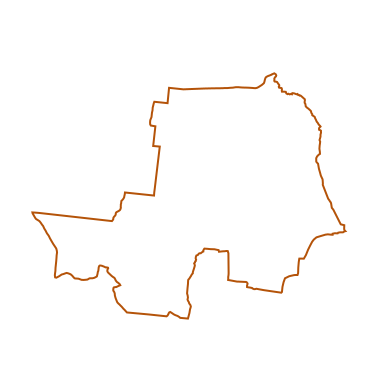 outline of Treang, Takêv, Cambodia, rotated 186°
{"feature_id": "14789045B64200778269013", "entity_name": "Treang", "entity_type": "district", "adm_level": 2, "iso_a3": "KHM", "parent_name": "Cambodia", "parent_adm1": "Takêv", "projection": "mercator", "projection_center": [104.808, 10.878], "detail": "fine", "context": "isolated", "style": "outline", "palette": "amber", "viewbox_px": 384, "rotation_deg": 186, "n_neighbors": 0, "source": "geoboundaries", "source_scale": "gbopen_adm2", "svg_char_len": 5533}
<svg xmlns="http://www.w3.org/2000/svg" viewBox="0 0 384 384"><g transform="rotate(186 192 192)"><path d="M93.7,299.0L94.2,299.3L95.0,299.1L95.5,299.6L96.5,299.5L97.3,300.5L98.0,300.1L99.0,300.3L100.4,300.7L101.4,300.8L102.5,300.8L102.8,299.6L103.8,299.9L105.0,299.3L106.4,299.8L107.2,299.3L108.5,299.9L109.2,301.4L111.0,301.4L113.0,301.2L113.3,302.1L113.3,303.7L113.8,304.7L114.4,304.8L115.4,304.8L116.3,304.9L116.7,305.7L116.3,306.7L116.5,307.6L117.3,308.4L118.0,309.2L118.9,310.3L120.0,310.5L121.3,310.5L121.8,311.1L121.8,312.4L122.0,313.3L121.5,314.7L120.6,315.7L120.4,316.8L121.0,317.8L122.0,318.3L122.6,318.6L123.6,318.0L124.7,317.5L125.1,316.9L125.9,316.7L126.9,316.0L127.7,315.7L129.0,315.0L129.8,314.4L130.6,313.7L131.0,312.6L131.3,311.0L131.5,309.2L131.9,307.7L133.7,305.8L136.8,303.3L138.2,302.4L139.7,301.9L140.9,301.8L142.5,301.8L145.2,301.7L147.4,301.6L152.3,301.2L154.8,301.1L156.7,301.1L157.5,301.0L159.4,300.8L161.3,300.3L162.4,300.0L163.9,299.8L165.5,299.5L167.5,299.1L170.3,298.8L172.6,298.4L182.8,297.2L190.6,296.2L211.3,293.2L225.7,293.2L225.6,277.8L238.9,277.8L239.3,276.2L239.6,273.9L239.9,271.8L239.8,269.1L240.1,266.7L240.1,264.6L240.1,262.3L241.0,259.1L241.0,257.1L240.7,255.0L239.9,253.8L235.3,253.5L235.4,234.4L235.4,233.7L228.8,233.8L229.4,191.4L229.5,187.7L229.4,184.5L244.2,184.5L247.7,184.5L251.5,184.5L255.5,184.5L258.6,184.5L258.6,183.3L258.7,182.0L258.9,180.6L258.9,179.8L259.2,178.9L259.6,178.0L260.4,176.8L261.3,175.7L261.3,174.1L261.3,173.0L261.5,172.3L261.4,171.4L261.3,169.6L261.1,168.9L261.4,167.4L261.8,166.5L262.4,165.9L263.0,165.4L263.9,164.8L264.8,164.2L265.3,163.7L265.6,162.9L265.5,162.0L265.8,160.7L266.9,159.3L267.4,158.4L267.5,157.7L267.5,156.5L268.0,155.6L268.6,154.7L342.1,155.2L345.9,155.1L348.6,155.0L348.3,154.1L347.2,152.6L346.2,151.2L345.0,149.6L344.2,148.8L342.5,148.0L340.7,147.1L339.3,145.7L337.7,143.8L336.5,142.6L335.1,140.2L333.6,138.3L332.2,136.1L331.3,135.0L330.7,134.4L329.7,133.2L328.5,131.2L326.5,128.4L324.5,125.7L322.9,123.8L321.1,121.6L320.3,119.5L319.9,117.7L320.0,114.9L319.9,112.7L319.8,109.0L319.8,105.5L319.8,102.4L319.6,99.1L319.7,96.8L319.7,94.9L319.2,92.8L318.0,92.6L315.4,94.3L313.0,96.3L311.2,97.0L309.6,97.8L308.2,98.4L306.8,98.2L305.2,97.8L304.0,97.4L302.3,96.2L301.4,95.3L299.8,93.9L298.6,93.8L297.1,93.9L295.7,93.9L294.2,93.5L292.6,93.1L290.8,93.2L289.0,93.5L286.8,94.0L285.6,94.9L284.9,95.4L283.8,95.6L282.8,95.7L282.0,95.8L280.3,96.4L279.0,97.2L277.8,98.1L277.6,99.4L277.4,100.7L277.3,102.7L277.0,103.5L276.9,104.7L276.9,106.1L276.9,107.3L276.6,108.6L276.0,109.2L275.1,109.3L273.9,109.2L272.8,108.9L271.4,108.5L270.1,108.0L268.9,108.1L267.6,107.9L267.4,107.3L267.9,106.2L268.0,105.2L267.8,104.1L267.0,103.1L266.1,102.4L264.9,101.5L263.1,100.1L261.6,99.2L260.2,98.5L259.3,97.3L258.6,96.0L257.3,94.7L255.8,93.9L254.3,92.8L253.6,91.8L254.5,91.3L255.9,90.5L257.5,89.5L258.4,89.4L259.8,88.9L260.1,88.2L260.1,86.4L259.9,85.6L258.9,84.4L258.5,83.6L258.2,82.8L257.9,81.1L257.3,79.5L256.7,78.1L256.1,77.0L255.5,75.8L254.7,74.4L253.3,73.2L252.4,72.6L251.5,71.8L250.1,70.7L249.1,69.8L248.1,68.8L246.8,67.8L245.6,66.7L244.1,65.4L222.3,65.7L204.3,65.7L203.4,66.6L202.8,67.9L202.5,69.0L202.0,69.9L201.1,70.4L199.3,69.5L197.3,68.4L196.0,67.9L194.6,67.5L193.3,67.2L192.4,66.7L191.7,66.4L191.1,66.0L190.6,65.6L182.8,65.7L182.4,68.2L181.9,71.4L181.7,75.1L181.3,77.0L181.2,78.1L181.9,79.6L183.1,80.8L183.6,82.1L184.4,83.1L185.2,84.5L185.0,86.6L185.5,88.6L186.3,90.6L186.4,96.2L186.4,100.1L186.6,103.5L186.5,104.4L185.6,105.6L184.9,107.1L184.3,108.2L183.9,109.3L183.3,110.4L182.7,111.2L182.8,112.2L182.6,113.4L182.1,115.7L181.6,118.3L181.5,119.4L182.0,120.6L182.4,121.3L181.7,122.2L181.6,123.2L181.1,123.6L181.1,124.4L180.8,125.0L181.4,126.3L181.4,127.8L181.0,129.3L180.2,129.7L179.4,130.2L178.9,131.3L178.2,131.8L176.9,132.0L176.2,132.7L175.2,133.6L174.5,134.0L174.7,135.0L174.3,135.8L174.1,136.4L173.7,137.0L170.5,137.1L167.8,137.1L163.6,137.4L161.1,137.1L159.5,137.0L158.9,135.4L155.4,136.2L153.4,136.5L151.7,136.9L150.3,137.0L149.4,134.9L147.1,115.1L147.0,113.3L147.1,111.2L146.9,109.7L146.9,108.3L137.8,107.6L137.0,107.7L130.1,108.1L128.9,108.2L128.1,107.9L127.2,106.9L127.2,106.2L127.5,104.6L127.3,103.2L126.4,103.1L123.8,103.0L122.2,102.8L121.8,102.4L120.2,101.9L119.1,102.0L117.9,102.5L116.6,102.4L115.5,102.3L110.3,101.9L92.7,101.2L92.1,102.0L92.1,102.9L92.1,107.1L91.5,111.9L90.5,115.9L86.5,118.4L81.6,120.1L78.4,120.5L78.0,122.4L78.4,128.1L78.5,133.5L78.4,136.0L78.3,137.0L73.8,137.4L72.1,141.2L70.5,146.8L68.9,151.1L67.3,155.1L65.9,157.4L63.5,159.9L59.5,161.6L54.9,163.5L52.5,164.1L49.1,164.1L47.7,164.2L47.8,165.2L45.7,165.9L42.8,166.1L42.4,166.8L40.8,167.3L37.6,167.7L36.1,168.9L35.4,169.1L36.3,169.9L36.8,171.0L37.1,174.9L40.7,175.4L49.6,189.2L50.4,190.0L51.3,190.9L52.5,195.3L53.0,196.3L53.7,196.9L54.3,197.8L55.9,199.6L61.5,210.5L62.7,212.8L62.7,214.0L63.3,217.5L63.5,218.3L64.5,219.9L65.6,221.8L66.7,224.7L68.2,228.4L69.6,233.3L71.0,234.5L71.6,235.2L72.0,238.6L71.3,240.5L69.9,242.3L68.7,243.3L69.1,245.6L69.8,248.3L69.9,251.6L69.8,253.4L69.8,254.3L69.8,255.5L70.6,257.0L70.2,259.1L70.0,260.5L70.2,262.5L69.9,264.4L70.2,266.5L71.3,267.0L72.1,267.2L72.3,268.2L72.1,269.2L71.0,270.5L71.4,271.0L73.1,272.4L74.0,273.7L75.4,275.1L76.3,276.8L77.2,278.1L77.8,279.5L79.2,280.3L80.4,280.9L80.5,281.9L81.2,282.7L81.7,283.4L82.1,284.8L83.0,285.6L84.2,286.5L85.0,287.1L86.3,287.8L87.8,289.0L88.1,290.1L88.3,290.8L88.6,291.7L89.3,292.5L89.4,293.8L89.3,295.0L89.5,296.0L90.9,297.0L92.4,298.1L93.7,299.0Z" fill="none" stroke="#b45309" stroke-width="2"/></g></svg>